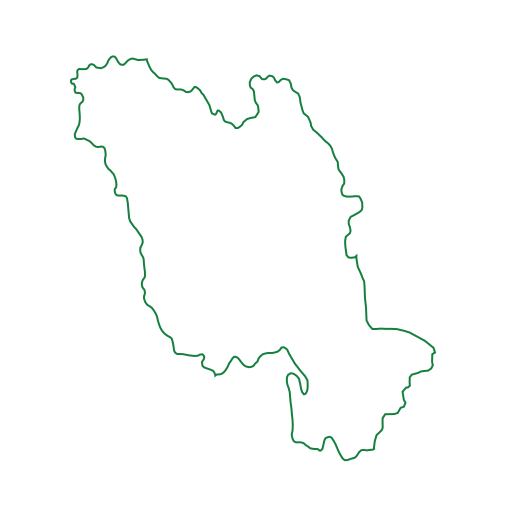 Lyepyel, Vitebsk, Belarus, rotated 265°
{"feature_id": "67162791B29799454608156", "entity_name": "Lyepyel", "entity_type": "district", "adm_level": 2, "iso_a3": "BLR", "parent_name": "Belarus", "parent_adm1": "Vitebsk", "projection": "natural_earth1", "projection_center": [28.695, 54.828], "detail": "fine", "context": "isolated", "style": "outline", "palette": "green", "viewbox_px": 512, "rotation_deg": 265, "n_neighbors": 0, "source": "geoboundaries", "source_scale": "gbopen_adm2", "svg_char_len": 6060}
<svg xmlns="http://www.w3.org/2000/svg" viewBox="0 0 512 512"><g transform="rotate(265 256 256)"><path d="M457.5,97.6L457.8,96.2L456.6,94.4L454.9,93.9L452.6,94.0L450.6,93.8L449.2,93.4L448.2,91.6L448.3,90.0L447.9,87.5L446.4,86.9L444.8,87.0L443.6,87.9L443.6,89.2L443.1,89.7L442.2,90.0L439.8,90.7L438.1,89.9L436.4,89.8L434.4,90.5L434.0,92.1L433.9,93.9L433.3,95.6L432.1,96.5L429.0,97.7L426.8,97.6L424.9,96.6L423.0,94.1L421.2,93.1L417.6,92.7L411.6,92.7L407.6,92.4L404.4,91.8L401.9,91.0L399.3,89.4L397.6,88.5L395.9,87.5L393.2,86.1L390.2,86.1L388.6,87.0L388.1,88.8L387.8,92.1L388.1,94.7L385.2,99.8L383.9,101.2L382.4,102.5L380.6,103.8L378.8,106.2L378.3,108.3L378.5,111.4L378.2,113.0L376.8,114.4L374.4,115.0L371.8,115.1L369.2,115.0L366.7,114.2L363.5,113.8L360.5,114.1L358.3,115.1L355.6,116.6L354.3,118.0L349.9,121.3L346.8,122.3L344.2,122.9L341.0,123.2L338.7,123.1L336.9,122.7L335.9,122.1L335.2,121.3L333.6,120.9L332.0,121.0L330.2,121.4L328.7,122.5L328.3,123.9L328.0,125.9L328.0,127.5L327.4,129.9L326.9,131.4L324.9,132.5L319.8,132.9L308.3,132.9L304.9,132.9L301.4,133.7L295.9,136.9L292.9,139.2L289.3,141.2L284.9,143.7L282.0,144.4L279.2,144.3L275.6,142.4L274.4,141.5L271.2,141.1L268.9,141.4L264.0,143.6L261.7,143.8L257.7,143.7L253.1,143.8L250.2,144.0L245.4,143.6L243.8,142.8L242.3,141.3L239.7,140.1L237.9,139.8L235.1,140.0L233.2,141.0L232.1,141.9L229.4,142.2L227.9,141.9L226.0,141.1L224.1,140.7L221.9,141.1L220.3,141.5L218.0,142.6L216.5,143.8L215.5,145.4L213.2,147.9L210.8,149.4L207.4,151.1L204.3,152.1L199.8,152.7L196.2,153.5L193.0,154.4L189.9,155.8L186.8,158.0L184.3,160.8L182.1,164.0L181.1,164.8L178.7,165.3L177.1,165.6L174.0,165.9L168.7,166.2L166.7,167.1L165.3,168.8L165.0,171.6L164.6,174.6L163.7,177.8L163.0,180.1L162.0,184.7L161.7,187.4L161.8,189.6L162.6,191.4L162.8,193.7L162.1,194.8L159.9,195.7L157.9,195.1L155.1,192.9L152.8,193.0L151.0,193.2L149.7,194.5L148.8,196.2L146.7,200.9L145.3,203.3L143.6,204.3L141.3,205.0L140.4,205.0L141.3,206.4L141.3,208.8L141.4,210.9L142.5,213.2L144.3,215.2L147.3,217.6L151.5,220.0L153.7,221.9L155.9,223.5L157.5,225.3L157.3,227.1L156.2,228.9L154.2,230.4L150.5,232.7L148.1,234.6L146.7,236.7L145.8,239.4L146.0,242.0L146.9,244.1L148.7,245.5L150.7,248.2L153.9,249.8L155.5,251.3L157.4,254.0L157.9,255.7L158.3,258.7L158.0,264.5L158.4,267.2L158.8,269.1L160.2,271.3L161.1,272.2L162.6,273.4L162.7,275.3L162.2,276.5L161.3,277.7L159.8,279.0L155.6,280.5L145.1,285.5L141.5,287.9L138.1,290.0L132.2,294.3L127.8,296.4L125.8,296.4L121.2,296.1L117.9,295.4L116.5,294.8L114.5,293.4L114.0,291.7L116.4,290.1L119.9,289.3L124.9,288.9L130.1,288.1L133.0,286.1L135.4,283.2L136.2,280.4L134.8,277.6L132.4,276.2L128.2,275.8L124.9,276.1L121.4,277.1L117.6,277.7L113.5,277.7L107.0,277.7L101.6,278.0L94.5,278.0L89.6,278.1L84.3,277.9L79.0,277.2L75.4,276.1L73.4,276.1L70.4,276.6L68.2,277.6L67.1,279.0L66.7,281.0L66.7,282.6L66.4,284.6L65.5,287.0L63.2,289.2L61.8,291.1L59.8,293.2L59.2,294.9L58.6,297.6L58.4,300.0L57.9,301.2L56.6,302.3L56.5,303.6L58.1,305.4L66.2,308.0L68.4,309.3L69.1,311.2L69.5,313.5L68.5,315.4L65.3,317.2L61.4,318.9L53.6,321.4L50.5,322.8L47.0,324.5L44.9,326.5L44.7,329.2L45.6,332.5L46.4,336.7L47.5,338.3L49.3,339.9L51.7,341.7L53.4,344.1L53.4,346.5L52.7,349.5L52.9,352.8L52.9,355.5L53.6,356.9L54.7,356.8L61.3,358.2L67.1,360.5L68.9,362.9L71.5,366.0L73.6,367.2L79.4,367.6L83.4,368.0L87.1,370.9L86.5,380.0L87.3,383.5L92.1,386.8L93.1,390.3L96.8,392.1L100.0,390.7L108.1,390.2L111.8,394.1L111.8,395.8L113.4,398.0L116.6,398.0L121.8,398.6L124.2,400.8L125.5,407.6L126.6,410.2L126.8,413.9L126.8,417.4L128.7,420.8L131.8,422.6L135.3,422.2L142.9,423.1L144.2,425.9L149.0,424.9L156.9,416.7L166.4,402.3L168.5,397.2L170.9,390.0L171.7,383.9L172.0,379.8L172.8,373.7L172.8,369.8L173.1,365.6L177.0,362.7L182.0,360.5L195.0,361.1L205.0,360.9L216.3,361.5L221.3,361.5L225.0,360.2L229.2,359.0L236.4,356.4L245.1,355.8L247.3,356.0L246.1,354.5L245.9,350.6L246.5,348.0L248.9,346.3L256.5,345.9L260.2,345.9L263.8,346.2L267.4,347.2L270.5,351.5L272.9,352.4L276.3,352.1L279.7,351.2L283.0,351.4L286.2,353.3L287.0,354.3L287.8,356.4L289.2,359.6L290.6,362.6L292.4,365.2L295.0,366.2L300.1,366.4L304.1,365.1L306.3,363.9L306.9,360.8L306.9,355.6L307.3,351.5L308.4,348.6L309.6,347.4L312.4,346.8L314.8,346.8L318.4,348.4L320.5,350.2L324.3,350.6L327.1,350.2L330.9,348.3L334.8,345.9L336.8,345.6L342.6,345.6L346.9,343.4L350.7,342.2L353.1,341.6L356.2,341.0L359.4,339.6L362.2,337.4L364.0,335.4L366.6,333.2L368.5,331.8L374.1,326.9L376.7,324.1L380.8,322.2L383.6,322.1L386.4,321.3L390.1,320.0L393.9,316.0L396.7,315.1L404.8,313.7L410.2,313.5L414.1,312.2L415.9,309.7L417.9,307.3L420.7,306.0L424.6,305.7L428.2,304.3L429.4,301.6L430.2,298.4L429.2,295.9L427.4,294.0L427.0,292.1L429.4,290.4L432.3,289.3L433.7,287.9L434.5,285.0L433.3,283.0L431.7,281.3L431.3,279.7L431.7,277.4L434.9,275.2L435.9,272.1L434.9,269.2L432.9,266.7L429.5,264.9L426.5,264.8L424.2,265.3L422.8,267.1L420.2,268.3L416.8,268.3L411.1,268.4L408.5,269.3L405.9,270.9L403.4,271.2L399.4,271.2L396.4,269.0L394.4,267.4L394.0,262.7L393.2,259.0L390.5,255.2L387.9,253.6L386.3,251.4L385.1,249.2L385.3,246.7L387.7,245.3L390.0,243.3L391.2,241.0L391.8,238.8L392.8,236.8L394.6,235.7L397.2,235.3L402.1,233.7L403.3,232.4L404.2,231.6L404.2,230.4L400.9,228.5L400.3,227.4L401.9,224.6L403.5,224.1L410.4,222.7L421.1,217.7L423.3,215.9L425.7,214.9L428.2,212.6L429.6,210.7L429.7,209.5L426.2,206.0L425.6,204.9L425.1,202.7L425.5,200.5L427.3,198.4L428.3,196.3L428.6,194.6L428.7,192.5L429.2,190.2L431.2,188.6L433.5,187.8L435.6,186.8L438.9,184.3L440.1,182.9L440.5,181.6L441.2,177.6L441.9,175.0L444.1,172.9L446.2,171.4L448.1,169.5L450.5,167.8L453.5,166.5L459.0,164.7L461.1,164.2L461.4,164.3L461.3,160.8L461.4,158.7L461.4,156.5L461.5,155.5L462.1,154.1L463.4,150.5L463.4,149.1L462.9,147.4L461.9,145.4L458.6,141.7L458.0,140.2L458.4,138.2L459.2,137.0L461.3,135.6L465.1,133.9L466.9,132.6L467.3,130.7L466.9,129.2L465.2,127.3L463.2,125.6L461.2,124.8L459.3,123.3L457.8,121.5L457.1,119.7L456.6,117.8L457.7,113.4L459.3,112.1L460.6,111.0L461.4,109.0L461.4,108.1L460.3,106.3L458.6,105.4L457.2,103.6L457.1,102.6L457.2,99.6L457.5,97.6Z" fill="none" stroke="#15803d" stroke-width="2"/></g></svg>